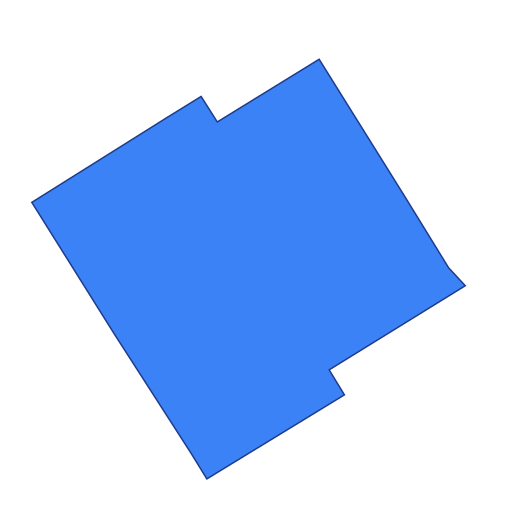 Yalobusha, Mississippi, United States of America (Equal Earth projection), rotated 148°
{"feature_id": "52423323B72301028188801", "entity_name": "Yalobusha", "entity_type": "district", "adm_level": 2, "iso_a3": "USA", "parent_name": "United States of America", "parent_adm1": "Mississippi", "projection": "equal_earth", "projection_center": [-89.727, 34.03], "detail": "fine", "context": "isolated", "style": "filled", "palette": "blue", "viewbox_px": 512, "rotation_deg": 148, "n_neighbors": 0, "source": "geoboundaries", "source_scale": "gbopen_adm2", "svg_char_len": 343}
<svg xmlns="http://www.w3.org/2000/svg" viewBox="0 0 512 512"><g transform="rotate(148 256 256)"><path d="M94.3,119.9L98.9,143.9L98.3,227.8L98.2,389.4L217.8,390.2L218.0,420.4L257.5,420.6L417.7,420.3L417.5,265.3L415.6,122.2L415.8,93.0L402.5,92.9L254.6,91.4L254.3,120.7L94.3,119.9Z" fill="#3b82f6" stroke="#1e3a8a" stroke-width="1.5"/></g></svg>